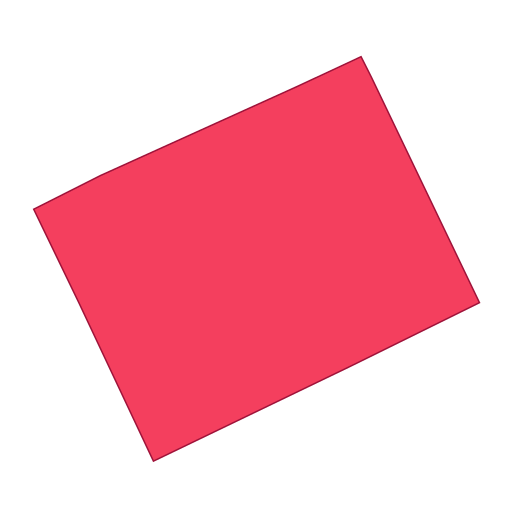 outline of Wayne, Illinois, United States of America, rotated 334°
{"feature_id": "52423323B46335628261152", "entity_name": "Wayne", "entity_type": "district", "adm_level": 2, "iso_a3": "USA", "parent_name": "United States of America", "parent_adm1": "Illinois", "projection": "robinson", "projection_center": [-88.446, 38.431], "detail": "fine", "context": "isolated", "style": "filled", "palette": "rose", "viewbox_px": 512, "rotation_deg": 334, "n_neighbors": 0, "source": "geoboundaries", "source_scale": "gbopen_adm2", "svg_char_len": 287}
<svg xmlns="http://www.w3.org/2000/svg" viewBox="0 0 512 512"><g transform="rotate(334 256 256)"><path d="M73.9,395.4L292.1,396.5L436.4,395.9L438.1,146.0L437.8,122.9L368.4,121.7L151.5,115.5L76.7,116.5L76.3,221.2L73.9,395.4Z" fill="#f43f5e" stroke="#9f1239" stroke-width="1.5"/></g></svg>